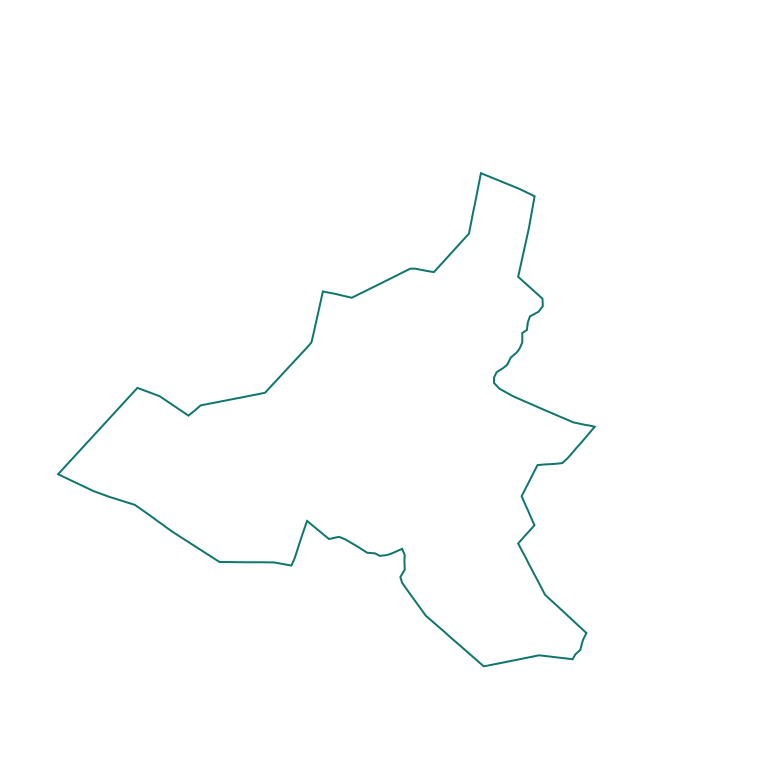 Picos, Piauí, Brazil (Albers equal-area conic projection), rotated 290°
{"feature_id": "56859067B73574767858251", "entity_name": "Picos", "entity_type": "district", "adm_level": 2, "iso_a3": "BRA", "parent_name": "Brazil", "parent_adm1": "Piauí", "projection": "albers", "projection_center": [-41.518, -7.049], "detail": "fine", "context": "isolated", "style": "outline", "palette": "teal", "viewbox_px": 768, "rotation_deg": 290, "n_neighbors": 0, "source": "geoboundaries", "source_scale": "gbopen_adm2", "svg_char_len": 1798}
<svg xmlns="http://www.w3.org/2000/svg" viewBox="0 0 768 768"><g transform="rotate(290 384 384)"><path d="M415.9,596.6L415.1,590.5L414.2,585.9L412.7,574.9L414.5,542.6L415.2,532.1L415.7,523.5L416.6,509.8L419.0,494.3L422.6,487.0L427.8,485.2L433.6,485.8L439.3,490.2L444.1,493.2L452.3,494.1L458.5,497.7L463.0,499.2L470.2,499.8L479.3,496.5L483.7,499.8L491.0,498.1L497.5,498.0L504.6,504.4L511.5,506.6L518.3,503.8L520.4,498.7L530.6,473.4L580.4,466.8L611.9,461.3L613.7,443.7L615.2,403.0L584.4,407.8L576.6,408.9L554.4,412.4L530.0,402.4L520.7,398.6L506.2,392.6L505.1,386.8L503.0,373.6L501.3,369.2L494.9,363.1L489.9,358.4L454.0,324.2L452.0,307.2L450.0,294.9L440.5,296.2L404.5,300.9L398.2,301.6L393.2,299.7L335.1,275.2L332.8,271.5L329.1,265.4L314.9,241.8L301.2,219.0L294.8,215.5L287.4,211.0L295.8,177.3L296.0,153.6L187.8,108.6L187.2,113.9L186.4,122.3L184.5,142.6L184.0,147.5L184.0,164.5L185.2,191.2L180.4,209.1L178.0,217.3L172.8,235.6L160.5,290.3L168.0,311.6L170.6,319.0L173.5,326.8L178.7,341.6L181.7,359.0L188.3,359.6L194.1,359.5L203.7,359.1L213.8,358.8L223.5,358.6L229.0,358.6L219.5,385.3L225.0,394.0L224.8,400.3L222.1,415.2L219.7,425.9L221.8,433.6L221.0,438.7L224.2,445.2L227.4,449.2L235.3,457.4L230.3,462.0L224.7,463.7L216.6,467.0L208.2,465.4L203.4,469.0L199.9,474.0L180.5,502.6L171.9,525.2L168.5,533.7L166.8,538.0L165.0,542.8L152.8,574.3L163.3,591.7L182.1,622.5L189.9,655.4L195.4,656.3L201.2,659.4L211.3,658.5L219.2,659.4L236.3,618.8L238.0,614.6L241.0,607.4L250.6,597.0L264.1,582.0L268.7,577.2L271.6,573.9L280.0,564.6L286.4,567.1L302.7,573.7L310.7,566.0L314.7,562.3L319.0,558.0L325.7,551.7L340.8,553.6L351.1,554.8L360.3,556.0L363.7,563.2L365.5,567.6L368.5,574.3L370.7,578.6L376.8,581.8L381.5,583.7L389.5,586.6L394.8,588.8L409.6,594.3L415.9,596.6Z" fill="none" stroke="#0f766e" stroke-width="2"/></g></svg>